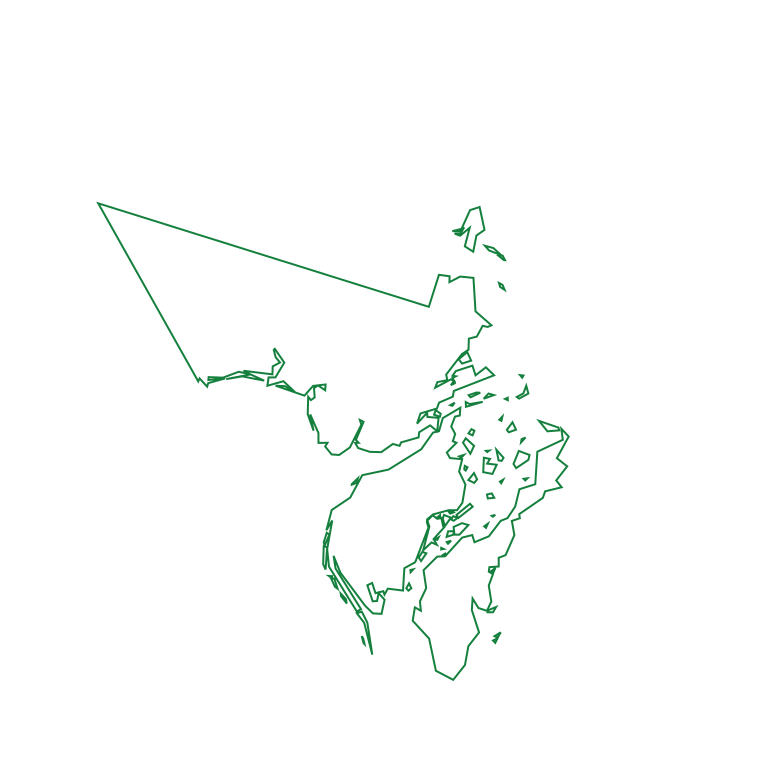 the district of West New Georgia-Vonavona, Western, Solomon Islands, rotated 242°
{"feature_id": "97153195B60589272182469", "entity_name": "West New Georgia-Vonavona", "entity_type": "district", "adm_level": 2, "iso_a3": "SLB", "parent_name": "Solomon Islands", "parent_adm1": "Western", "projection": "natural_earth1", "projection_center": [157.168, -8.247], "detail": "fine", "context": "isolated", "style": "outline", "palette": "green", "viewbox_px": 768, "rotation_deg": 242, "n_neighbors": 0, "source": "geoboundaries", "source_scale": "gbopen_adm2", "svg_char_len": 6225}
<svg xmlns="http://www.w3.org/2000/svg" viewBox="0 0 768 768"><g transform="rotate(242 384 384)"><path d="M677.7,216.5L473.5,221.2L475.5,223.8L464.7,226.6L467.3,229.2L463.5,246.4L470.0,230.8L472.4,232.4L465.2,244.8L463.0,261.4L455.5,270.5L461.6,266.2L444.9,290.0L451.8,294.0L451.8,302.3L458.5,300.9L465.9,302.7L466.3,304.1L449.7,306.0L440.8,291.2L444.0,285.2L437.2,280.2L433.7,296.5L418.7,301.6L428.5,295.6L433.4,287.5L411.1,308.3L415.6,320.5L411.0,332.2L406.1,329.1L413.7,325.1L413.3,320.3L404.7,316.5L404.1,311.9L408.3,311.1L393.2,302.5L375.8,299.9L391.8,304.6L371.5,303.1L362.8,298.5L358.6,306.5L356.4,302.7L346.4,304.7L342.4,311.1L344.0,324.1L358.7,344.9L363.6,345.8L360.2,348.2L347.8,332.9L344.0,334.0L345.5,330.9L339.6,331.1L330.8,339.6L325.1,349.6L326.9,363.7L322.1,368.7L324.4,371.7L320.6,389.5L324.9,392.4L325.8,405.3L317.3,408.8L328.5,416.3L334.5,406.9L338.3,408.5L333.5,394.6L340.9,402.4L337.5,419.2L341.7,423.9L340.5,438.8L345.1,442.4L340.0,485.3L350.9,481.8L348.7,468.9L358.7,470.7L361.7,453.4L359.1,448.4L357.1,451.0L357.2,447.3L352.3,447.5L351.4,446.9L351.6,442.5L353.9,447.2L356.7,445.2L356.7,427.5L360.6,432.0L357.7,441.7L363.1,443.3L373.8,466.8L374.6,474.7L384.2,480.2L382.3,488.2L389.0,498.4L385.7,502.4L385.4,506.4L405.2,498.9L435.7,512.8L443.1,501.7L443.2,489.6L448.3,492.5L454.6,483.8L431.1,459.8L677.7,216.5ZM327.2,440.3L326.3,419.9L316.5,410.4L318.1,404.5L308.9,386.2L306.3,347.8L313.7,322.0L299.6,300.9L297.3,278.7L281.9,264.5L287.8,274.2L264.9,256.3L248.6,249.7L196.0,253.2L195.9,258.0L243.8,254.6L256.0,258.8L238.0,256.9L197.2,263.2L186.7,266.5L182.2,273.9L193.2,283.2L201.9,281.1L195.7,276.0L197.4,272.0L214.1,274.8L213.9,280.1L203.3,278.3L201.4,286.1L197.8,285.5L201.5,291.3L192.7,303.8L211.8,315.5L212.0,327.9L236.4,355.9L241.9,357.0L244.3,358.7L245.8,366.1L242.2,381.9L238.3,389.2L242.3,397.4L257.0,408.7L271.4,409.2L280.9,417.7L287.6,407.5L294.0,407.3L298.1,420.4L301.1,417.9L306.5,423.4L314.9,423.4L321.9,431.4L320.6,436.1L327.2,440.3ZM261.2,519.6L250.8,515.7L252.2,487.6L224.5,470.5L227.5,454.2L214.2,442.3L207.6,430.1L208.4,422.8L200.3,405.1L201.8,389.6L209.2,391.0L211.7,380.9L203.2,357.2L206.6,349.9L201.0,331.5L183.9,325.4L175.2,313.7L166.5,310.1L172.3,306.4L161.5,298.2L138.0,304.3L106.4,295.2L90.3,306.2L97.9,323.6L112.9,335.4L120.0,351.3L143.1,355.4L153.0,361.5L141.9,362.2L135.4,368.4L141.5,376.6L156.9,381.9L165.0,391.0L169.1,388.4L172.8,391.1L169.0,399.6L176.7,403.7L175.8,411.0L189.4,428.2L203.1,432.6L201.7,440.9L205.6,442.3L208.9,470.8L213.6,475.9L209.4,492.4L218.0,490.8L225.3,507.1L237.3,501.8L250.9,522.4L261.2,519.6ZM486.9,516.1L483.4,522.3L484.6,528.3L480.9,522.1L483.7,516.9L479.2,520.8L481.7,533.0L467.6,520.0L458.9,524.9L471.7,535.3L472.9,545.1L495.4,551.5L497.1,541.6L484.6,525.3L486.9,516.1ZM245.3,365.3L243.0,358.2L236.8,357.1L218.8,340.5L221.8,351.6L217.2,355.2L223.8,355.0L228.9,369.0L238.7,371.7L240.0,367.7L245.3,365.3ZM261.6,471.6L252.6,460.8L247.7,461.2L249.2,475.8L253.0,479.2L261.6,471.6ZM272.0,437.6L259.6,430.2L253.7,437.5L259.8,445.6L265.3,437.7L268.1,442.4L272.0,437.6ZM194.4,252.4L182.4,254.4L150.5,246.6L181.3,257.3L193.4,257.5L194.4,252.4ZM225.1,378.3L217.9,375.5L215.6,379.8L219.8,392.3L224.5,387.6L225.1,378.3ZM297.7,430.7L295.1,426.2L281.9,427.5L287.1,434.5L297.7,430.7ZM373.1,472.5L370.8,461.6L365.4,462.5L363.7,471.9L373.1,472.5ZM278.6,503.6L265.5,506.1L260.8,516.9L263.6,517.6L278.6,503.6ZM455.1,270.7L462.4,247.0L457.3,262.4L443.2,279.8L455.1,270.7ZM269.0,254.6L253.5,245.7L247.6,245.3L266.6,257.2L269.0,254.6ZM237.9,403.7L234.4,386.6L230.8,386.7L234.0,404.7L237.9,403.7ZM289.9,479.5L285.8,470.9L282.8,471.5L281.7,479.1L289.9,479.5ZM240.2,375.5L237.7,372.8L229.8,370.9L234.6,380.3L240.2,375.5ZM315.7,508.8L310.3,502.7L310.2,495.2L307.7,496.4L307.8,507.0L315.7,508.8ZM263.1,421.6L259.6,413.4L254.3,417.2L256.1,421.4L263.1,421.6ZM458.7,538.0L452.5,539.5L442.9,547.9L452.7,544.4L458.7,538.0ZM279.5,263.6L272.5,256.5L269.0,255.6L276.6,265.0L279.5,263.6ZM217.8,339.0L214.4,333.2L210.3,333.6L214.6,341.9L217.8,339.0ZM223.8,371.5L219.6,367.5L218.4,374.5L221.3,376.5L223.8,371.5ZM273.2,452.4L262.7,449.3L260.9,451.8L262.7,454.9L273.2,452.4ZM238.1,423.1L234.2,421.9L231.8,427.9L236.8,427.8L238.1,423.1ZM329.7,447.7L325.4,445.7L321.9,462.8L326.1,450.2L329.7,447.7ZM334.4,453.5L331.6,454.2L331.1,464.9L333.1,461.5L334.4,453.5ZM134.5,378.3L135.3,369.6L133.8,368.3L131.3,373.1L134.5,378.3ZM303.1,440.0L300.7,435.4L297.1,438.1L300.3,441.9L303.1,440.0ZM196.2,312.5L193.2,307.8L190.1,308.5L190.8,312.2L196.2,312.5ZM326.5,471.8L324.2,465.1L322.6,475.9L326.5,471.8ZM336.6,417.4L333.4,413.8L328.9,418.0L331.1,420.1L336.6,417.4ZM236.7,246.0L228.1,245.5L225.1,246.9L235.6,248.8L236.7,246.0ZM109.9,370.5L109.5,363.2L106.8,365.2L109.9,370.5ZM234.8,383.2L232.9,379.6L230.5,381.3L231.2,386.0L234.8,383.2ZM219.3,247.4L216.7,246.5L207.7,248.1L212.1,249.4L219.3,247.4ZM419.2,533.0L415.1,532.1L410.5,534.7L415.8,535.2L419.2,533.0ZM270.3,483.8L270.7,479.6L268.1,477.6L270.3,483.8ZM106.2,364.9L106.3,359.8L103.2,360.7L106.2,364.9ZM313.0,316.6L310.7,308.5L310.2,308.2L309.6,313.3L313.0,316.6ZM241.9,371.9L241.0,367.4L240.1,371.2L241.9,371.9ZM443.3,545.4L437.2,548.0L436.5,549.0L441.8,549.0L443.3,545.4ZM243.6,444.3L243.4,440.5L241.3,440.9L243.6,444.3ZM273.8,416.9L271.0,414.8L269.2,415.5L271.3,418.6L273.8,416.9ZM211.9,410.1L211.3,405.7L209.1,406.5L211.9,410.1ZM283.9,421.2L284.8,416.4L282.7,417.7L283.9,421.2ZM334.3,437.6L334.2,432.6L332.6,434.2L334.3,437.6ZM238.7,248.0L240.4,245.2L236.9,246.9L238.7,248.0ZM233.4,466.4L234.7,462.8L232.5,463.4L233.4,466.4ZM241.5,381.0L238.5,381.6L237.9,385.4L239.3,384.8L241.5,381.0ZM169.3,396.0L168.4,390.6L166.4,392.3L169.3,396.0ZM205.6,359.5L205.4,355.5L204.4,355.4L205.6,359.5ZM214.1,369.7L215.0,365.2L212.9,365.5L214.1,369.7ZM299.7,473.3L298.3,469.0L296.3,470.4L299.7,473.3ZM206.6,322.9L207.4,320.0L205.3,319.1L206.6,322.9ZM216.2,420.8L217.0,417.2L215.7,417.8L216.2,420.8ZM210.3,359.3L212.5,357.6L211.1,356.8L210.3,359.3ZM223.0,360.2L222.7,356.1L221.4,357.9L223.0,360.2ZM326.0,511.1L328.0,508.3L324.7,509.0L326.0,511.1ZM313.8,486.8L314.0,483.9L311.6,485.7L313.8,486.8ZM275.8,445.6L277.1,442.6L275.5,443.1L275.8,445.6ZM171.8,246.0L164.7,244.3L163.4,244.7L168.8,246.1L171.8,246.0Z" fill="none" stroke="#15803d" stroke-width="2"/></g></svg>